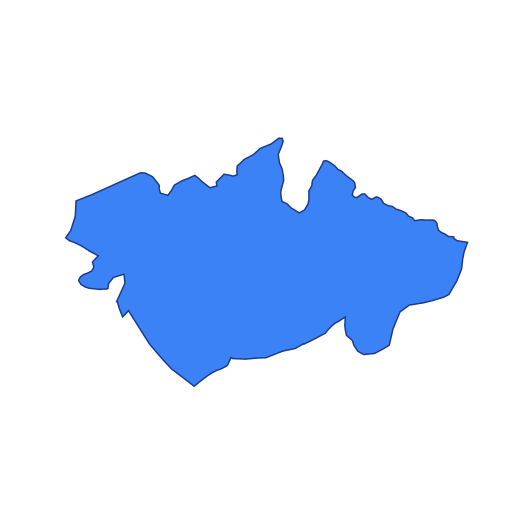 Markz Al Idwa, Al Minya, Egypt, rotated 218°
{"feature_id": "37247803B26025252880900", "entity_name": "Markz Al Idwa", "entity_type": "district", "adm_level": 2, "iso_a3": "EGY", "parent_name": "Egypt", "parent_adm1": "Al Minya", "projection": "robinson", "projection_center": [30.744, 28.697], "detail": "fine", "context": "isolated", "style": "filled", "palette": "blue", "viewbox_px": 512, "rotation_deg": 218, "n_neighbors": 0, "source": "geoboundaries", "source_scale": "gbopen_adm2", "svg_char_len": 3339}
<svg xmlns="http://www.w3.org/2000/svg" viewBox="0 0 512 512"><g transform="rotate(218 256 256)"><path d="M253.0,115.0L250.2,115.1L224.5,115.3L223.0,122.2L220.5,131.8L218.5,137.4L216.4,141.9L213.8,145.9L211.2,152.1L213.2,160.7L211.4,160.7L200.9,168.2L190.6,177.8L185.7,181.8L182.0,188.0L176.7,197.0L174.4,199.9L168.2,207.2L164.5,216.2L164.0,216.0L160.5,223.1L157.1,230.6L153.8,238.0L153.9,241.7L153.1,248.1L152.3,251.8L150.6,255.6L148.1,263.0L146.3,260.4L143.2,255.9L139.8,252.5L135.9,249.2L128.2,248.8L123.9,245.9L117.1,243.6L110.4,244.7L102.5,252.3L98.3,261.8L96.1,267.8L103.0,282.5L105.6,291.4L108.1,300.7L105.0,311.7L95.6,321.8L89.6,329.4L82.6,339.4L80.3,344.4L82.5,360.2L86.1,372.5L91.0,380.4L94.5,387.2L97.4,395.9L97.7,397.0L106.9,391.9L111.4,391.7L112.0,392.8L116.5,389.8L120.1,389.7L124.5,388.7L128.0,388.6L131.6,391.2L133.4,393.0L136.1,393.9L137.9,393.8L140.5,391.9L141.1,391.4L143.9,389.1L148.3,386.2L152.6,381.5L156.2,382.3L160.6,381.3L164.1,382.2L169.4,381.1L174.7,379.1L177.5,379.1L179.1,379.0L182.6,377.1L187.9,376.0L192.3,377.8L195.1,377.5L195.8,377.4L196.6,377.1L197.6,376.7L199.2,373.1L199.3,372.1L203.7,371.1L208.3,371.9L208.8,371.6L210.7,370.0L212.4,364.4L214.6,362.8L217.7,363.4L219.5,367.0L219.8,371.3L223.5,374.5L225.9,375.1L233.8,374.9L235.6,374.9L238.3,375.3L240.9,375.5L243.6,374.9L244.4,374.7L245.2,374.8L248.9,375.4L249.9,375.4L250.6,375.4L254.1,375.3L255.9,375.2L256.6,375.1L259.5,374.3L260.4,373.3L261.2,372.4L260.2,368.8L259.2,362.4L258.2,356.9L258.0,350.4L257.1,348.6L255.3,345.9L254.6,341.0L254.4,339.8L252.6,337.6L249.8,334.0L249.3,333.4L247.1,329.4L246.1,322.1L248.4,316.6L255.7,315.8L258.1,315.5L263.5,316.3L265.3,315.8L267.7,315.3L268.8,315.0L269.7,315.6L271.5,317.0L273.3,318.7L274.0,319.5L275.3,320.8L275.8,321.6L276.4,322.6L277.6,325.2L277.8,325.7L279.5,329.7L280.6,332.4L283.6,335.8L284.8,336.9L289.2,340.8L290.2,341.3L291.4,342.0L294.8,343.8L298.7,347.5L301.0,349.7L302.8,355.9L303.3,357.6L303.8,359.2L305.2,363.1L307.9,364.9L308.8,363.9L310.5,363.0L311.3,360.2L313.0,353.7L318.9,343.4L320.5,334.2L324.5,325.4L324.7,324.9L325.5,319.4L326.2,315.3L323.4,311.2L322.8,310.4L320.8,308.4L323.1,304.9L325.9,303.8L331.5,300.8L331.9,297.1L332.8,289.8L329.9,287.2L332.3,284.1L334.4,281.4L338.8,281.4L343.2,281.4L344.9,281.4L346.3,281.6L348.9,281.8L350.3,281.9L353.8,281.9L357.2,275.4L360.6,269.8L364.0,261.4L363.0,255.9L362.8,249.5L364.9,248.7L365.5,248.5L369.9,246.6L373.5,249.2L375.8,252.1L378.4,252.9L380.7,253.5L386.0,254.7L388.6,254.4L391.8,253.6L394.5,253.1L398.2,250.5L399.8,247.6L423.0,203.5L431.7,188.6L423.2,176.5L422.8,175.8L417.6,161.8L417.6,161.0L417.2,153.2L412.9,153.2L412.3,153.2L409.4,154.2L407.7,154.8L400.2,156.4L392.0,157.3L390.6,157.3L381.2,158.9L380.4,159.0L380.5,157.9L381.2,150.6L380.4,150.0L377.0,147.5L376.2,143.0L376.5,142.4L378.2,138.8L380.5,135.1L381.4,131.8L381.3,129.4L380.7,127.6L379.6,126.9L378.9,126.8L376.5,125.8L371.3,126.5L369.9,127.0L367.7,127.8L363.2,130.6L358.7,133.4L357.2,134.6L356.4,135.7L353.3,138.0L352.9,138.7L352.7,139.3L353.0,139.7L355.2,143.5L355.2,151.3L349.9,158.9L348.8,160.3L348.2,159.8L342.5,153.9L340.5,145.7L337.8,134.2L336.8,134.4L331.1,130.3L323.6,125.9L322.8,134.4L322.2,134.2L314.7,131.5L305.0,128.0L302.0,126.9L287.2,121.6L286.1,121.2L278.4,119.6L273.3,118.5L265.1,116.9L253.0,115.0Z" fill="#3b82f6" stroke="#1e3a8a" stroke-width="1.5"/></g></svg>